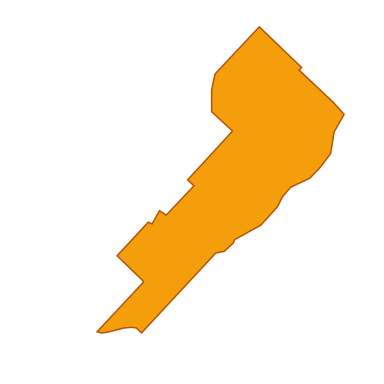 Cayuga, New York, United States of America (orthographic projection), rotated 226°
{"feature_id": "52423323B60491080416719", "entity_name": "Cayuga", "entity_type": "district", "adm_level": 2, "iso_a3": "USA", "parent_name": "United States of America", "parent_adm1": "New York", "projection": "orthographic", "projection_center": [-76.569, 43.019], "detail": "fine", "context": "isolated", "style": "filled", "palette": "amber", "viewbox_px": 384, "rotation_deg": 226, "n_neighbors": 0, "source": "geoboundaries", "source_scale": "gbopen_adm2", "svg_char_len": 665}
<svg xmlns="http://www.w3.org/2000/svg" viewBox="0 0 384 384"><g transform="rotate(226 192 192)"><path d="M142.2,355.3L158.1,355.9L205.3,353.7L205.4,357.3L264.0,355.1L264.0,354.4L261.1,294.1L260.8,290.3L251.6,276.8L236.0,261.9L207.7,263.5L205.6,228.9L203.8,197.2L195.1,197.7L193.3,157.4L201.1,155.6L196.8,141.1L200.7,139.5L198.8,105.8L198.2,93.8L162.3,95.0L160.9,94.3L157.4,26.7L153.3,29.1L149.7,34.1L141.6,48.4L137.0,54.1L133.0,57.5L125.7,57.8L131.6,166.7L126.9,173.9L126.6,186.1L128.1,189.8L120.3,218.6L122.0,243.4L125.7,253.6L126.9,266.3L120.0,286.7L120.7,301.4L123.3,318.4L136.5,336.0L142.2,355.3Z" fill="#f59e0b" stroke="#b45309" stroke-width="1.5"/></g></svg>